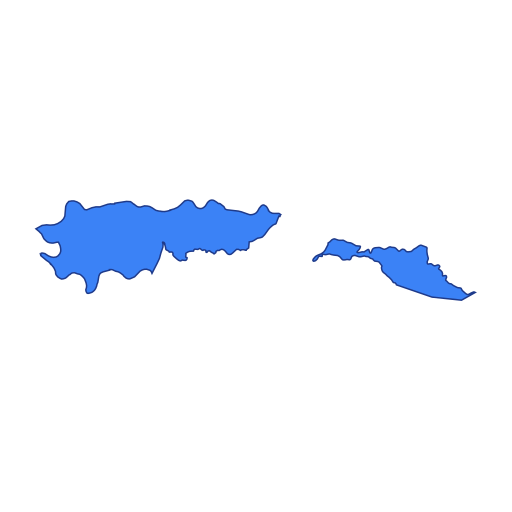 the district of Hatillo De Loba, Bolívar, Colombia, rotated 185°
{"feature_id": "7082276B61387460600045", "entity_name": "Hatillo De Loba", "entity_type": "district", "adm_level": 2, "iso_a3": "COL", "parent_name": "Colombia", "parent_adm1": "Bolívar", "projection": "albers", "projection_center": [-74.128, 8.992], "detail": "fine", "context": "isolated", "style": "filled", "palette": "blue", "viewbox_px": 512, "rotation_deg": 185, "n_neighbors": 0, "source": "geoboundaries", "source_scale": "gbopen_adm2", "svg_char_len": 6108}
<svg xmlns="http://www.w3.org/2000/svg" viewBox="0 0 512 512"><g transform="rotate(185 256 256)"><path d="M385.9,299.2L389.8,299.1L401.3,296.3L401.3,295.6L404.8,295.2L405.3,295.3L408.2,294.6L415.8,291.3L419.7,291.0L423.6,289.8L428.7,287.2L430.9,287.4L436.1,292.9L439.1,294.3L442.2,295.0L444.4,294.8L447.3,294.0L449.1,291.4L449.9,288.8L449.9,279.1L450.9,276.4L453.1,273.5L456.4,271.0L459.7,269.5L463.8,268.8L467.3,268.8L471.8,267.8L477.6,263.9L474.3,261.6L472.6,260.1L471.6,259.4L469.3,255.5L468.5,254.4L466.0,252.4L464.7,251.7L462.7,251.2L460.3,251.1L459.2,251.2L455.4,252.4L454.0,252.5L452.0,249.1L451.3,246.6L451.0,245.0L451.0,243.3L451.6,241.2L453.4,238.7L455.0,237.6L457.6,237.0L460.1,237.2L463.0,238.1L466.5,240.0L468.7,240.3L469.9,240.2L470.4,239.9L470.6,239.1L470.4,238.3L470.7,238.5L470.4,237.6L464.4,233.4L462.0,232.1L460.9,231.2L460.0,230.0L459.8,230.3L457.1,227.5L455.9,226.0L454.4,223.2L454.0,220.8L453.5,219.8L451.7,217.9L449.2,216.6L447.6,216.1L445.9,216.5L444.2,217.2L443.1,218.0L440.4,221.0L439.6,221.4L438.8,222.3L437.8,223.0L436.7,223.3L435.2,223.5L432.4,222.7L429.9,222.4L428.2,221.4L425.8,219.4L424.7,218.1L422.9,214.4L422.2,212.0L422.1,210.1L422.6,207.4L422.1,205.7L421.1,204.3L420.1,204.1L418.4,204.6L416.3,205.5L414.9,206.7L413.8,208.0L412.9,209.7L412.1,212.3L412.0,213.7L411.3,216.0L410.8,222.2L410.4,223.6L409.8,224.9L409.0,225.7L406.9,226.9L400.5,229.2L400.7,229.7L399.2,229.9L397.7,229.8L394.5,228.6L391.7,228.2L389.7,227.3L387.6,226.0L386.6,225.3L385.8,224.3L383.4,222.6L381.9,222.2L380.3,222.1L379.3,222.4L375.1,224.7L370.1,230.9L367.9,232.3L366.1,233.0L363.8,233.3L360.4,232.5L359.1,231.5L358.1,229.6L354.0,239.7L352.0,245.1L351.0,250.7L349.5,256.8L349.6,259.5L350.3,261.5L350.1,261.7L349.1,261.6L348.7,261.3L349.0,261.0L347.9,260.2L348.0,259.3L347.7,259.1L346.7,256.2L346.6,255.1L345.9,254.3L343.7,253.4L343.0,252.9L342.8,252.4L342.1,252.3L341.3,252.6L340.3,252.6L339.5,252.3L338.9,251.3L338.9,250.0L338.5,249.3L337.6,248.4L334.7,246.2L332.8,245.0L331.1,244.5L330.3,244.7L329.2,245.5L326.1,245.4L325.1,245.9L324.5,247.1L324.5,248.3L324.9,248.5L325.8,248.7L326.0,249.2L325.9,251.4L326.2,252.3L325.9,252.8L324.3,254.0L322.7,254.8L320.0,255.3L319.0,255.3L318.6,255.6L318.5,256.4L318.0,257.1L317.5,257.5L314.5,257.5L313.0,258.5L312.3,258.5L310.1,257.0L309.3,257.0L308.4,257.6L307.4,257.5L306.4,257.1L306.2,255.6L305.8,255.3L305.2,255.4L304.2,256.8L302.9,257.2L300.7,255.8L299.0,255.2L298.4,254.6L297.8,254.5L296.3,255.9L296.3,257.1L294.9,258.2L293.1,258.3L292.3,259.0L290.9,259.7L289.4,259.6L288.5,259.2L287.2,258.3L284.7,255.8L283.6,255.3L282.6,255.2L281.2,255.5L279.6,256.9L276.0,260.9L274.2,261.1L272.6,260.6L272.1,260.2L271.7,260.2L271.4,260.7L270.8,261.0L268.5,261.2L267.0,260.8L266.3,260.9L266.4,261.3L264.0,263.4L264.0,269.5L261.2,270.2L259.3,271.4L256.1,273.8L252.7,274.8L251.3,275.5L249.1,278.2L245.9,283.6L244.4,285.6L242.0,288.1L240.5,289.1L239.3,289.6L238.9,290.0L236.7,297.7L235.7,297.4L235.6,297.6L235.9,297.8L235.8,298.0L234.9,299.4L236.8,300.4L242.0,300.0L243.5,300.0L245.7,300.8L247.5,302.2L247.6,302.4L247.4,302.6L248.9,304.9L250.1,306.3L252.3,307.4L253.3,307.5L254.4,307.0L255.3,306.2L256.9,303.9L258.4,300.6L259.7,298.9L261.2,297.8L263.1,297.0L265.1,296.6L266.5,296.7L274.3,298.7L277.5,299.2L288.9,299.5L290.7,300.0L292.3,302.4L296.2,304.9L297.1,305.1L298.0,305.0L299.9,306.2L302.4,307.5L303.8,307.9L305.4,307.8L306.7,307.3L307.8,306.4L308.9,305.1L310.8,301.4L312.1,300.0L313.4,299.0L314.8,298.5L316.4,298.4L318.4,298.8L320.2,299.9L322.5,302.9L323.9,304.5L324.7,305.0L327.6,305.6L328.7,305.7L329.8,305.4L331.8,304.7L335.7,300.2L338.4,297.6L341.6,295.8L345.6,294.3L345.4,294.0L348.5,292.9L350.9,292.3L354.4,292.1L354.5,292.3L356.7,292.3L359.8,292.8L363.8,295.0L366.2,296.0L368.7,296.3L371.5,296.2L375.3,294.7L377.5,294.6L379.1,295.1L382.2,297.1L382.4,297.0L384.8,298.7L385.9,299.2ZM198.9,256.3L198.0,255.8L196.3,256.5L194.7,258.3L193.7,260.6L193.3,261.0L192.7,261.3L190.3,261.3L190.0,261.6L190.1,263.0L189.7,263.5L186.7,263.4L183.1,264.5L181.1,264.0L178.5,263.7L174.8,263.6L172.6,262.7L169.9,260.1L169.4,259.8L168.6,259.7L167.0,259.9L165.0,260.5L162.4,260.4L161.9,260.7L161.4,261.3L160.5,263.9L159.4,264.7L158.2,265.1L157.4,265.2L153.2,264.2L151.4,264.4L148.1,265.5L146.5,265.1L144.4,265.1L143.6,264.9L142.7,264.2L141.6,263.6L139.5,263.2L138.6,262.2L137.4,261.3L134.1,261.1L132.9,260.7L130.0,257.5L129.7,257.0L130.0,255.3L129.8,254.4L129.1,252.4L128.3,251.3L126.9,250.2L125.4,249.3L123.5,247.6L121.6,246.4L120.4,245.4L118.8,244.0L117.1,241.8L116.6,241.5L115.1,241.4L114.2,240.7L113.6,239.5L77.1,230.4L47.4,229.9L34.4,238.8L35.6,239.2L36.2,239.1L38.3,238.0L40.5,236.5L41.5,236.1L42.4,236.1L43.9,236.9L47.5,239.6L48.9,241.7L50.0,242.0L51.8,242.0L52.9,242.2L56.8,243.8L59.0,245.2L61.0,245.4L62.1,246.0L63.6,247.4L64.9,248.3L64.8,249.8L64.3,251.3L64.5,252.4L64.8,252.8L65.2,253.0L66.0,253.0L68.1,252.4L68.5,252.7L68.7,255.0L69.5,256.6L71.0,257.9L72.8,258.9L73.0,259.3L72.8,259.7L72.1,261.1L72.0,261.5L72.2,262.0L72.7,262.5L73.3,262.9L74.3,262.9L76.6,261.9L77.5,261.8L78.3,262.0L80.3,263.3L80.8,263.5L81.5,263.5L83.8,263.0L84.4,263.1L84.7,263.6L85.0,265.2L84.2,267.8L84.2,268.8L85.5,272.4L86.1,275.0L86.3,276.6L86.3,278.7L86.5,279.2L86.9,279.6L92.2,281.1L93.0,281.1L94.3,280.5L97.1,278.1L99.5,276.4L101.6,274.1L104.6,273.4L106.1,273.4L106.8,273.7L108.1,274.9L108.9,275.4L110.5,275.6L111.6,275.1L113.5,273.3L114.0,273.2L114.5,273.4L117.6,276.0L118.3,276.3L119.2,276.5L121.6,276.5L123.2,276.8L124.3,276.4L126.7,274.7L128.5,273.9L129.4,273.9L133.3,275.2L134.5,275.2L138.0,274.6L139.1,274.2L140.0,273.5L140.6,272.7L141.6,269.5L141.9,269.0L142.4,268.8L142.8,269.1L143.2,269.9L144.2,272.1L144.6,272.3L145.3,272.1L148.7,269.5L150.7,269.4L154.4,268.2L155.2,268.3L155.6,268.5L155.6,269.2L153.8,271.5L153.2,272.7L152.8,274.3L152.9,274.7L153.4,274.9L157.3,274.9L161.5,276.9L162.8,277.3L166.3,277.5L170.1,279.2L170.6,279.3L174.2,278.9L175.5,279.0L179.1,279.9L180.5,279.6L181.9,278.7L183.9,276.3L185.3,275.3L185.3,273.5L187.7,267.7L189.0,265.8L191.2,263.9L194.5,262.2L196.1,261.2L197.4,259.8L198.8,257.7L198.9,256.3Z" fill="#3b82f6" stroke="#1e3a8a" stroke-width="1.5"/></g></svg>